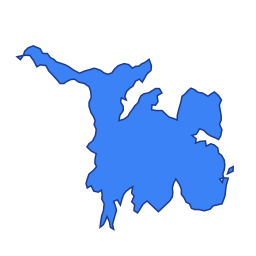 Imbuia, Santa Catarina, Brazil, rotated 170°
{"feature_id": "56859067B70457248873437", "entity_name": "Imbuia", "entity_type": "district", "adm_level": 2, "iso_a3": "BRA", "parent_name": "Brazil", "parent_adm1": "Santa Catarina", "projection": "natural_earth1", "projection_center": [-49.4, -27.515], "detail": "fine", "context": "isolated", "style": "filled", "palette": "blue", "viewbox_px": 256, "rotation_deg": 170, "n_neighbors": 0, "source": "geoboundaries", "source_scale": "gbopen_adm2", "svg_char_len": 2863}
<svg xmlns="http://www.w3.org/2000/svg" viewBox="0 0 256 256"><g transform="rotate(170 128 128)"><path d="M218.4,217.7L212.1,216.6L209.0,210.2L207.2,204.1L203.3,205.4L198.1,203.8L195.9,197.5L193.4,193.9L190.1,188.7L187.2,183.6L183.4,182.9L180.4,184.4L175.8,185.7L172.1,185.3L168.5,181.7L163.3,179.5L159.2,175.4L158.4,170.4L158.9,164.4L161.9,160.1L162.6,155.9L161.8,149.8L159.9,145.0L159.0,140.7L160.8,137.4L159.5,132.2L161.3,126.5L165.0,121.5L169.0,119.4L171.7,116.5L168.3,111.8L163.8,108.3L165.7,103.5L166.7,98.9L165.7,95.3L169.3,92.4L174.4,89.4L177.1,84.6L179.0,80.5L178.5,76.0L174.4,77.6L172.7,71.8L168.4,70.0L165.0,71.4L165.0,66.6L166.2,62.7L164.6,57.6L166.6,50.7L169.1,46.2L171.0,40.9L172.7,35.1L169.1,37.0L166.4,40.7L164.0,44.5L162.6,39.0L162.6,33.3L159.7,30.7L160.0,35.5L158.1,39.8L155.7,44.8L153.6,48.9L154.1,54.0L154.9,58.2L151.0,59.2L148.9,53.4L146.2,59.2L144.0,63.1L141.2,65.8L137.5,67.8L133.6,69.4L135.7,63.3L133.8,59.8L137.2,54.7L134.8,51.4L136.5,45.7L133.3,42.7L129.4,47.0L126.5,50.3L121.9,52.8L112.6,40.3L99.6,48.9L96.3,52.4L95.0,57.1L94.7,61.5L92.6,65.8L89.7,69.5L87.2,63.6L86.1,58.4L87.0,53.6L84.8,49.3L83.6,44.8L80.6,42.7L79.4,37.9L76.4,36.1L72.5,35.4L67.2,33.2L61.2,33.8L57.6,36.6L54.4,36.7L48.6,37.0L45.9,41.5L44.2,44.6L43.0,48.7L41.4,54.1L39.7,57.8L38.0,61.2L42.6,62.4L42.6,66.4L40.6,69.9L39.2,74.1L38.8,79.7L40.6,84.8L43.1,87.5L43.1,92.7L46.2,96.5L49.3,98.1L54.2,96.6L54.0,101.8L59.3,102.3L64.1,101.4L62.8,105.6L66.3,109.6L61.9,110.0L57.7,114.7L54.0,112.8L51.0,108.5L47.7,105.6L44.3,103.6L40.8,100.9L38.1,104.2L35.8,110.0L37.3,115.7L34.8,119.7L34.1,124.4L34.1,129.3L34.1,134.6L31.1,139.5L33.4,144.6L36.7,148.5L40.1,147.2L43.8,145.4L48.4,149.4L53.0,151.0L55.8,154.2L59.2,156.3L63.1,153.9L65.8,151.7L69.3,149.8L71.1,145.1L73.2,140.7L75.2,136.6L77.3,131.8L78.2,127.3L81.7,129.6L85.9,131.8L88.4,135.1L91.5,139.3L97.3,140.3L101.6,141.9L100.3,146.7L97.1,145.6L93.9,148.7L93.7,154.7L88.5,156.6L90.2,161.3L94.0,162.1L97.1,160.8L101.3,159.1L106.4,158.9L109.6,157.5L111.8,154.7L113.5,151.3L117.4,148.7L120.5,145.5L123.7,142.5L126.1,139.5L130.5,137.4L135.6,136.8L133.8,141.8L129.6,146.1L129.0,150.4L130.8,154.9L129.3,158.8L124.9,155.8L125.6,159.9L123.1,164.2L119.6,166.7L116.0,168.3L112.3,172.9L108.3,174.1L106.0,170.6L102.7,174.6L100.0,177.9L95.4,180.7L94.1,185.3L95.3,192.0L99.5,189.8L103.4,188.8L106.8,186.9L109.9,187.5L113.1,186.1L116.4,190.4L120.7,192.1L126.7,191.1L130.8,188.6L134.3,185.1L138.6,184.4L142.3,186.6L145.3,189.8L150.7,192.7L156.0,192.1L160.9,191.6L166.2,190.4L171.9,194.8L175.7,198.7L179.0,201.2L182.9,203.4L187.0,205.5L189.2,208.6L192.2,210.8L194.5,215.4L198.9,216.2L200.9,221.4L207.0,225.3L212.4,224.3L216.4,221.6L218.4,217.7ZM42.6,62.4L44.5,58.0L46.7,61.9L42.6,62.4ZM35.3,70.3L38.0,65.6L32.0,67.3L31.1,71.8L35.3,70.3ZM224.9,217.4L222.1,214.0L218.4,217.7L224.9,217.4Z" fill="#3b82f6" stroke="#1e3a8a" stroke-width="1.5"/></g></svg>